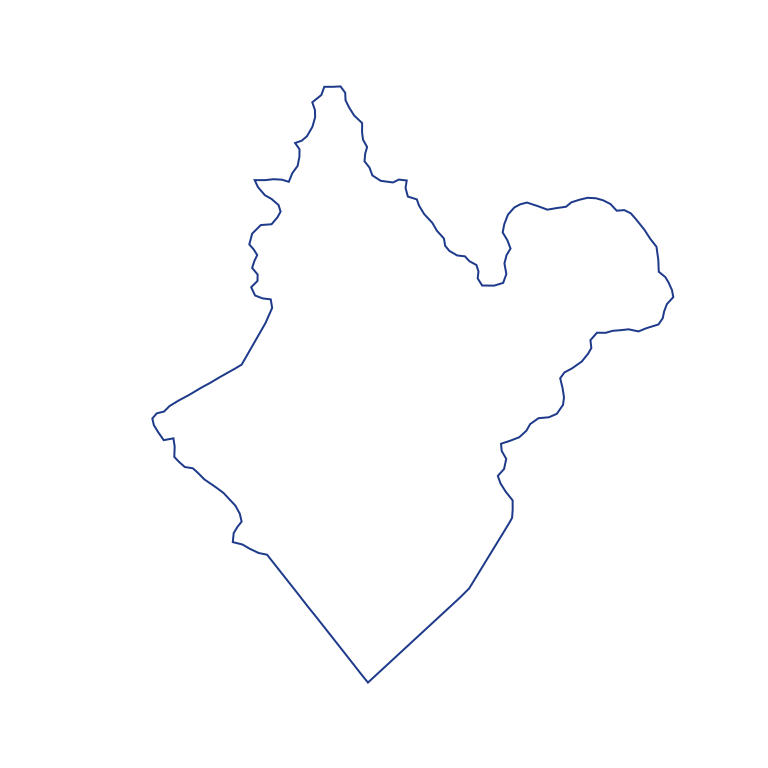 Muqui, Espírito Santo, Brazil (Mercator projection), rotated 299°
{"feature_id": "56859067B48645623438515", "entity_name": "Muqui", "entity_type": "district", "adm_level": 2, "iso_a3": "BRA", "parent_name": "Brazil", "parent_adm1": "Espírito Santo", "projection": "mercator", "projection_center": [-41.312, -20.933], "detail": "fine", "context": "isolated", "style": "outline", "palette": "blue", "viewbox_px": 768, "rotation_deg": 299, "n_neighbors": 0, "source": "geoboundaries", "source_scale": "gbopen_adm2", "svg_char_len": 2506}
<svg xmlns="http://www.w3.org/2000/svg" viewBox="0 0 768 768"><g transform="rotate(299 384 384)"><path d="M601.6,238.4L604.4,227.6L609.0,219.3L613.5,212.8L619.9,208.9L623.2,201.7L618.9,194.8L615.0,187.7L606.4,189.1L595.6,184.7L590.1,190.8L584.0,194.4L574.3,196.7L563.3,196.5L556.8,194.0L551.7,189.4L548.3,196.3L541.9,199.8L532.9,202.7L524.1,201.6L514.7,202.7L513.2,195.6L509.5,188.0L504.6,181.1L499.6,172.1L495.1,178.3L491.4,188.2L491.3,196.0L489.4,205.0L484.6,210.0L478.1,210.0L469.2,208.2L463.3,199.2L451.6,195.8L440.8,198.5L438.5,204.8L435.3,210.6L428.7,211.0L421.6,212.4L418.5,220.4L412.8,223.4L404.3,220.9L398.9,228.3L400.0,236.3L403.1,243.9L396.3,249.3L379.7,250.8L331.9,250.1L325.7,246.5L310.0,236.8L301.2,231.7L292.1,225.9L279.6,218.6L269.5,212.1L260.7,207.1L253.3,205.0L248.2,199.5L241.5,198.1L236.4,202.7L232.3,210.0L228.1,218.6L234.4,226.2L227.7,231.3L218.6,235.9L216.5,242.5L214.8,250.0L217.6,257.6L216.1,264.2L213.5,273.0L212.1,287.5L210.9,296.5L208.5,303.8L205.5,313.1L200.6,320.8L194.6,326.2L188.2,325.1L180.8,324.8L172.4,328.4L175.0,338.0L174.8,346.4L175.4,356.2L178.0,364.5L159.7,408.2L151.9,426.5L148.1,435.9L145.1,443.1L129.6,480.0L119.2,504.6L115.1,514.7L234.4,554.1L246.6,557.6L322.8,560.9L329.1,560.9L336.6,557.4L344.6,552.9L348.7,542.9L353.5,534.1L358.8,528.1L367.9,530.2L377.8,527.2L382.5,519.4L388.5,515.3L395.6,521.9L403.0,528.1L412.2,531.2L419.9,531.3L429.0,535.7L434.8,544.3L441.7,549.6L452.5,550.7L459.6,547.9L466.7,542.4L474.5,535.3L481.6,536.2L488.7,540.8L499.6,546.1L509.5,547.8L516.0,547.9L522.4,543.3L532.1,545.4L536.2,553.0L541.3,558.1L545.0,563.7L550.4,571.4L553.4,581.1L560.1,586.5L569.2,595.2L576.7,595.9L583.4,593.8L591.1,592.7L600.2,594.9L605.7,590.4L610.7,583.7L613.9,578.2L615.4,569.9L625.6,563.7L636.1,555.8L640.1,546.4L645.1,537.1L649.9,525.4L652.9,517.2L652.6,509.9L648.4,503.5L651.2,494.9L650.9,486.6L649.2,479.3L645.5,471.7L639.5,465.2L633.7,459.8L627.3,457.3L621.5,449.6L615.7,442.4L614.1,432.0L612.0,421.1L607.3,416.1L601.6,412.4L592.2,410.3L582.1,411.7L574.1,414.3L569.6,422.1L563.8,429.0L556.2,428.7L547.8,430.9L539.5,437.7L530.2,439.2L523.5,432.7L517.7,422.1L521.8,414.7L528.2,412.1L532.9,407.1L532.8,399.2L534.9,392.9L531.9,385.7L532.1,376.7L534.5,370.5L540.3,365.9L543.7,355.9L548.3,348.3L552.1,336.7L557.1,328.0L561.4,323.2L559.5,314.0L565.9,307.8L573.0,305.2L570.0,297.9L564.6,294.1L560.1,282.6L560.8,272.7L566.3,266.3L569.3,259.0L576.3,255.9L583.1,254.3L587.5,247.2L593.5,242.8L601.6,238.4Z" fill="none" stroke="#1e3a8a" stroke-width="2"/></g></svg>